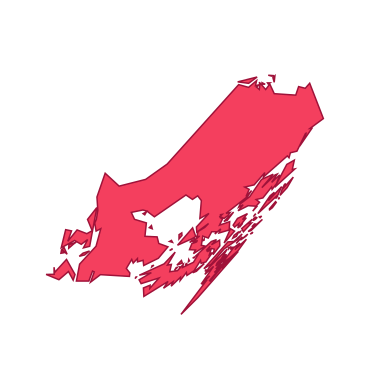 SVG path tracing the border of Canada, rotated 133°
{"feature_id": "CAN", "entity_name": "Canada", "entity_type": "country or territory", "adm_level": 0, "iso_a3": "CAN", "parent_name": "North America", "parent_adm1": "", "projection": "equal_earth", "projection_center": [-89.555, 62.395], "detail": "fine", "context": "isolated", "style": "filled", "palette": "rose", "viewbox_px": 384, "rotation_deg": 133, "n_neighbors": 0, "source": "natural_earth", "source_scale": "50m", "svg_char_len": 6185}
<svg xmlns="http://www.w3.org/2000/svg" viewBox="0 0 384 384"><g transform="rotate(133 192 192)"><path d="M64.0,198.9L50.4,182.2L42.2,185.9L38.9,179.9L32.2,180.1L48.7,146.0L65.2,149.1L63.8,147.7L85.2,144.5L74.2,147.2L71.3,148.6L71.8,148.9L90.6,143.1L96.2,146.8L100.8,144.4L100.6,146.9L132.4,150.0L128.1,152.0L144.4,151.4L152.4,156.8L151.1,152.0L158.5,149.4L150.3,149.4L157.4,148.3L184.5,152.6L181.0,150.1L184.9,149.7L189.4,150.5L190.9,154.7L187.7,154.6L189.7,156.1L188.9,155.0L191.0,154.9L191.5,153.8L191.0,151.3L197.5,149.3L188.0,144.2L194.4,138.9L203.6,144.3L199.4,145.9L207.1,146.6L204.5,147.1L207.6,150.5L214.6,148.7L216.9,154.1L224.6,148.8L222.5,145.4L236.1,148.9L232.0,149.9L235.9,154.5L229.8,156.9L226.0,154.8L225.0,154.6L224.2,155.1L228.3,157.5L219.0,156.4L221.5,157.8L216.7,160.6L209.2,158.5L203.7,158.4L218.1,161.1L214.6,164.9L196.1,165.0L206.0,168.2L191.9,179.3L190.9,185.2L197.1,186.6L198.3,194.4L235.8,202.6L236.7,211.9L238.6,215.6L248.3,222.5L251.2,215.4L245.7,204.3L256.5,196.2L248.6,186.9L252.3,181.2L248.5,172.2L263.4,171.4L278.7,177.2L275.3,181.2L280.3,184.2L277.9,186.5L284.1,186.5L282.4,190.1L292.7,187.9L293.6,182.2L296.4,180.2L314.9,202.6L327.1,204.7L317.1,209.0L317.7,210.8L327.5,206.7L336.0,215.8L321.4,225.0L297.1,225.2L281.0,233.7L286.0,235.5L281.0,242.0L277.4,243.2L269.7,248.3L260.5,258.1L237.5,268.3L237.4,249.3L214.4,234.5L188.5,229.2L81.6,231.1L76.9,222.0L66.5,220.7L71.0,218.1L67.4,215.8L71.3,216.4L71.1,212.7L67.3,215.5L65.8,217.7L66.8,208.0L60.0,208.7L64.0,198.9ZM219.0,141.8L224.4,141.7L224.7,139.9L221.0,138.9L225.9,136.6L222.2,135.8L233.7,134.2L238.0,136.7L236.2,139.1L248.2,136.8L256.5,138.8L254.7,141.2L264.8,140.3L262.2,142.3L275.1,143.0L270.6,144.7L281.8,147.2L273.7,148.5L301.2,156.0L295.3,162.1L288.7,159.1L291.3,157.1L277.4,157.5L293.7,166.7L292.3,170.8L278.7,166.7L288.8,173.8L263.6,163.4L247.4,163.3L262.2,160.1L259.0,157.7L265.5,153.9L259.5,149.0L250.9,149.0L253.6,147.4L242.4,143.0L234.5,144.6L236.8,145.7L215.0,144.1L210.1,141.6L217.3,141.8L208.4,139.0L212.4,134.9L223.5,133.9L218.6,136.7L220.0,139.2L223.8,140.8L219.0,141.8ZM265.6,115.7L289.0,116.6L245.9,121.1L252.8,121.9L241.2,121.9L253.2,122.5L231.6,125.5L243.5,126.4L235.5,128.0L209.8,127.3L217.8,125.7L214.3,124.4L224.5,125.3L227.1,125.2L229.9,124.0L215.6,123.6L217.7,122.4L227.8,122.4L232.2,122.1L218.5,119.7L235.7,120.9L228.4,119.6L245.6,118.7L240.4,118.6L245.4,117.9L222.3,119.3L218.1,119.1L227.5,118.3L215.0,119.1L210.7,118.7L218.5,118.5L222.8,118.1L203.9,117.6L265.6,115.7ZM134.0,137.2L148.0,136.1L153.8,140.0L153.4,135.6L158.7,135.5L163.7,141.6L174.3,145.5L166.4,145.9L171.3,147.5L167.7,148.6L156.1,146.6L135.4,149.7L123.6,144.7L141.2,143.9L122.9,142.9L120.8,141.9L130.7,140.3L119.7,139.5L128.2,135.9L135.5,135.2L134.0,137.2ZM298.1,250.2L294.2,240.5L288.4,238.6L283.3,249.7L268.3,251.0L301.5,229.8L306.9,233.3L297.9,235.9L305.8,237.3L307.5,244.8L322.0,249.6L305.7,258.7L302.6,253.6L312.8,249.2L298.1,250.2ZM105.0,132.5L132.1,134.7L107.2,141.5L98.9,138.9L107.1,134.0L105.0,132.5ZM203.3,118.3L215.2,119.5L222.7,121.5L204.5,123.6L196.6,122.1L204.9,121.3L189.4,120.0L203.3,118.3ZM196.0,126.3L211.7,129.7L231.6,128.8L240.0,131.0L204.0,131.7L199.5,127.6L188.4,126.7L196.0,126.3ZM135.5,127.2L162.9,129.1L141.4,132.3L136.0,131.6L146.3,130.2L126.9,130.1L135.5,127.2ZM337.5,218.8L334.4,228.1L346.9,229.5L351.8,242.5L346.2,236.7L341.1,241.6L344.2,237.6L326.9,237.8L332.1,221.3L337.5,218.8ZM173.8,134.7L181.0,134.1L187.2,133.9L183.0,136.2L188.6,136.9L188.2,139.3L180.3,140.7L170.0,136.7L177.8,136.3L173.8,134.7ZM222.0,158.9L226.4,160.2L240.8,166.3L217.8,167.1L222.0,158.9ZM191.6,134.2L207.4,133.7L192.6,138.8L191.6,134.2ZM134.4,125.3L128.8,127.7L112.0,128.1L124.1,125.4L134.4,125.3ZM186.0,127.3L184.8,130.7L170.8,129.3L176.2,128.9L174.1,127.3L186.0,127.3ZM164.0,121.8L179.9,122.5L182.6,124.0L164.0,121.8ZM63.5,222.8L73.9,224.7L80.3,233.7L63.5,222.8ZM235.9,134.2L247.0,134.7L250.6,136.4L235.9,134.2ZM178.3,147.9L188.6,146.9L191.8,148.6L178.3,147.9ZM198.0,130.7L195.0,131.7L189.0,130.7L194.1,129.3L198.0,130.7ZM187.4,122.4L194.3,123.8L184.7,122.5L187.4,122.4ZM250.6,150.6L255.8,153.2L249.3,153.0L250.6,150.6ZM144.2,124.0L152.0,123.9L141.3,124.4L144.2,124.0ZM164.6,134.5L159.7,135.2L157.5,134.7L164.6,134.5ZM322.7,240.9L322.8,247.2L324.0,244.4L326.2,246.1L323.2,248.0L320.0,247.4L322.7,240.9ZM148.7,122.5L152.9,123.2L141.6,123.3L148.7,122.5ZM315.9,230.6L311.0,230.0L305.0,226.7L311.3,227.6L315.9,230.6ZM235.2,169.5L232.0,172.4L228.9,171.6L230.6,169.7L235.2,169.5ZM50.5,210.6L55.7,206.7L53.2,210.8L50.5,210.6ZM190.4,124.8L198.2,124.5L199.5,124.7L190.4,124.8ZM171.3,127.7L169.3,128.9L166.3,128.1L171.3,127.7ZM307.7,242.5L310.6,243.1L317.2,243.8L314.5,246.1L307.7,242.5ZM242.1,171.9L243.5,174.7L241.4,174.0L242.1,171.9ZM127.8,128.2L123.5,129.5L121.9,129.3L127.8,128.2ZM208.0,124.8L205.7,125.4L205.1,124.9L208.0,124.8ZM164.3,124.7L164.3,125.7L162.1,124.6L164.3,124.7ZM51.0,211.4L52.8,212.6L54.6,215.9L51.0,211.4ZM240.9,211.0L241.2,213.0L237.6,211.8L240.9,211.0ZM181.0,119.9L183.1,120.7L179.8,120.2L181.0,119.9ZM168.1,130.3L165.2,130.7L164.4,130.4L168.1,130.3ZM165.9,127.0L168.5,127.0L170.4,127.4L165.9,127.0ZM63.3,212.0L65.2,214.2L64.3,215.3L63.3,212.0ZM261.2,151.4L258.0,152.0L257.0,151.3L261.2,151.4ZM246.0,196.0L247.2,198.9L244.2,198.8L246.0,196.0ZM138.4,123.8L137.4,124.5L136.3,124.1L138.4,123.8ZM185.6,133.2L181.6,133.9L180.3,133.6L185.6,133.2ZM247.7,167.5L250.1,168.5L246.7,167.7L247.7,167.5ZM243.6,148.3L244.1,146.9L245.4,147.1L243.6,148.3ZM219.8,150.7L218.1,151.0L218.9,150.3L219.8,150.7ZM176.7,124.5L172.8,124.6L172.5,124.2L176.7,124.5ZM238.4,145.5L239.9,146.4L237.3,145.8L238.4,145.5ZM208.7,126.5L208.1,127.2L206.9,126.7L208.7,126.5ZM226.4,157.9L230.5,159.3L227.6,159.1L226.4,157.9ZM139.0,126.3L139.4,126.8L136.1,126.6L139.0,126.3ZM294.2,174.6L292.2,175.0L292.0,174.7L294.2,174.6ZM250.3,146.9L248.3,147.4L248.2,146.8L250.3,146.9ZM225.5,158.8L224.4,159.1L224.2,158.2L225.5,158.8ZM189.8,129.2L188.3,129.9L187.8,129.7L189.8,129.2ZM274.2,170.4L273.2,170.9L271.5,169.9L274.2,170.4ZM256.0,149.2L255.0,149.8L254.7,149.4L256.0,149.2ZM241.2,128.1L239.8,128.8L238.8,128.7L241.2,128.1ZM61.0,210.0L60.7,211.2L59.1,209.5L61.0,210.0Z" fill="#f43f5e" stroke="#9f1239" stroke-width="1.5"/></g></svg>